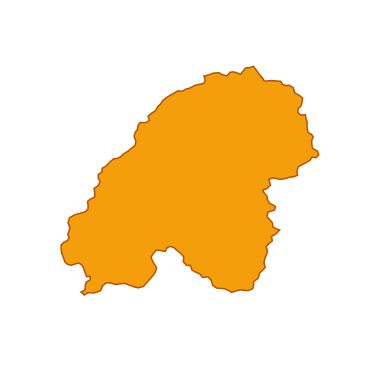 Santana do Manhuaçu, Minas Gerais, Brazil (orthographic projection), rotated 206°
{"feature_id": "56859067B31975858135216", "entity_name": "Santana do Manhuaçu", "entity_type": "district", "adm_level": 2, "iso_a3": "BRA", "parent_name": "Brazil", "parent_adm1": "Minas Gerais", "projection": "orthographic", "projection_center": [-41.894, -20.049], "detail": "fine", "context": "isolated", "style": "filled", "palette": "amber", "viewbox_px": 384, "rotation_deg": 206, "n_neighbors": 0, "source": "geoboundaries", "source_scale": "gbopen_adm2", "svg_char_len": 2831}
<svg xmlns="http://www.w3.org/2000/svg" viewBox="0 0 384 384"><g transform="rotate(206 192 192)"><path d="M248.0,53.4L243.6,52.2L241.7,55.6L238.8,57.1L236.0,58.2L233.5,60.5L230.8,63.3L231.2,68.1L229.5,72.6L225.4,74.5L220.3,75.3L215.9,78.2L212.6,80.4L208.1,80.8L202.9,81.2L197.9,82.5L194.2,86.0L192.6,92.0L191.3,96.2L190.4,99.9L189.9,104.2L190.6,108.5L195.0,111.1L197.9,113.3L200.2,115.5L199.9,119.3L198.4,124.3L194.0,125.8L190.1,126.8L189.9,131.2L187.4,133.7L183.8,134.0L180.0,133.0L174.5,131.6L170.9,130.0L169.3,125.5L164.5,123.7L161.2,125.3L158.0,121.9L154.0,121.6L149.4,121.8L144.9,119.9L140.5,122.7L136.2,121.1L132.4,117.1L127.6,116.5L123.4,118.1L120.4,119.3L116.4,119.5L112.3,119.2L108.9,122.5L105.5,125.3L102.1,126.4L98.2,128.0L95.0,131.7L95.9,135.6L97.3,138.6L94.7,143.4L95.8,148.5L94.2,152.5L93.2,156.4L96.3,160.0L97.5,164.9L97.5,168.1L98.2,172.1L101.3,175.1L100.4,179.2L98.3,183.3L101.1,186.8L98.1,191.5L96.5,196.3L99.6,195.9L103.9,196.1L106.3,199.6L109.9,201.2L113.9,202.7L114.9,207.3L110.0,211.7L110.3,215.4L113.3,215.9L117.3,215.8L120.6,218.0L123.2,221.5L126.3,222.5L129.3,224.6L126.0,228.1L124.4,232.6L128.6,237.1L125.4,240.1L121.4,241.2L118.0,242.1L113.9,245.1L110.7,248.1L107.1,250.4L104.5,253.3L107.0,256.9L107.4,261.3L105.0,264.8L101.8,269.2L99.8,272.4L99.4,276.0L95.6,277.2L94.3,280.6L96.9,283.7L102.5,284.1L105.1,287.1L107.0,290.8L107.2,294.6L109.9,296.2L113.6,296.2L115.7,298.8L117.6,301.8L119.1,305.3L121.7,307.8L123.9,311.2L128.0,308.8L131.8,310.1L133.1,313.5L131.8,316.8L132.2,320.0L133.7,324.9L138.2,326.0L142.8,326.1L146.8,330.2L151.5,330.5L154.8,328.6L158.1,328.6L160.6,330.4L164.7,328.8L169.3,327.1L172.9,324.9L175.6,323.3L178.3,325.2L182.3,326.9L187.2,329.5L191.9,331.8L194.5,329.3L198.2,326.9L199.2,322.8L199.9,319.2L204.2,318.7L207.5,318.1L210.1,316.4L211.7,311.6L216.2,310.7L220.1,311.0L225.1,308.1L228.5,304.4L232.1,301.4L229.2,298.5L229.0,294.8L232.6,292.0L235.8,289.4L237.8,286.9L239.9,284.1L242.4,282.0L244.9,278.3L249.3,276.5L251.4,273.2L253.7,269.9L256.3,265.8L258.3,261.3L258.8,257.4L260.1,254.2L260.5,249.0L262.9,245.1L264.7,240.8L261.6,237.6L264.1,234.0L269.2,231.7L269.7,228.1L268.4,224.3L269.2,221.0L268.5,216.6L264.7,213.1L263.6,208.9L265.4,205.3L267.4,200.6L270.4,196.1L271.7,192.3L273.5,189.8L277.0,187.5L279.1,182.7L280.3,178.2L283.2,173.9L281.7,170.7L283.9,166.7L282.6,163.7L279.2,160.9L279.1,156.6L281.6,152.3L278.6,147.9L277.3,144.9L280.3,140.9L281.8,137.7L279.8,134.9L278.0,131.3L279.1,127.6L281.9,125.0L287.4,120.2L290.8,115.1L289.8,109.7L286.1,106.4L285.4,103.0L285.2,99.7L282.4,97.1L282.6,93.8L285.3,90.5L286.4,86.7L284.3,82.9L282.3,79.8L278.8,76.7L275.7,73.5L272.4,72.5L268.4,73.1L265.5,76.1L262.9,78.4L259.5,78.3L256.1,76.1L253.0,72.9L249.7,69.8L246.4,71.5L245.1,68.3L247.5,64.8L246.9,61.2L245.3,56.9L248.0,53.4Z" fill="#f59e0b" stroke="#b45309" stroke-width="1.5"/></g></svg>